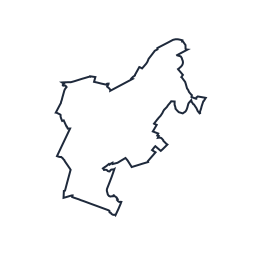 Carei, Satu Mare, Romania (Natural Earth projection), rotated 332°
{"feature_id": "2599482B21413362198639", "entity_name": "Carei", "entity_type": "district", "adm_level": 2, "iso_a3": "ROU", "parent_name": "Romania", "parent_adm1": "Satu Mare", "projection": "natural_earth1", "projection_center": [22.485, 47.66], "detail": "fine", "context": "isolated", "style": "outline", "palette": "slate", "viewbox_px": 256, "rotation_deg": 332, "n_neighbors": 0, "source": "geoboundaries", "source_scale": "gbopen_adm2", "svg_char_len": 5354}
<svg xmlns="http://www.w3.org/2000/svg" viewBox="0 0 256 256"><g transform="rotate(332 128 128)"><path d="M72.9,194.7L73.0,195.0L73.1,196.1L73.2,196.3L73.7,197.1L74.0,197.5L74.3,197.8L74.7,198.0L75.0,198.1L75.3,198.2L75.5,198.3L75.7,198.5L75.9,199.2L77.9,197.7L81.5,195.0L85.6,191.7L87.4,190.1L87.0,189.8L86.6,189.6L86.0,189.4L85.6,189.2L85.3,188.8L84.9,188.0L84.8,187.7L84.7,187.0L84.7,186.7L84.6,186.4L85.5,186.1L85.4,185.8L85.3,185.5L85.1,184.8L85.1,184.7L85.3,184.5L85.4,184.2L85.1,183.7L85.0,183.4L84.8,182.9L84.6,182.5L84.1,181.9L84.0,181.7L83.9,181.4L83.9,181.1L84.0,180.9L83.9,180.7L83.7,180.6L83.4,180.8L83.0,181.1L82.9,181.3L82.7,181.3L82.4,181.1L82.2,180.9L81.4,180.6L80.4,180.3L80.3,180.2L80.1,180.1L79.6,179.4L79.3,179.1L79.3,178.9L79.2,178.7L79.0,177.8L79.0,177.0L79.1,176.6L79.4,175.6L79.4,175.3L79.5,175.0L79.6,174.5L79.8,173.6L80.0,173.2L80.3,172.7L80.6,172.2L81.0,171.8L81.9,171.0L85.2,168.2L90.5,163.6L94.1,160.3L96.7,157.8L95.8,157.8L95.4,157.6L94.9,157.4L94.6,157.2L93.6,156.9L93.4,156.9L93.0,157.0L92.4,157.2L91.8,157.5L91.4,157.7L91.1,157.6L90.8,157.4L90.6,157.2L90.3,156.9L89.9,156.5L89.8,156.3L89.8,155.9L89.7,155.5L89.5,155.1L89.3,154.9L89.1,154.7L88.6,154.4L88.2,154.1L87.5,153.9L87.4,153.9L87.2,153.8L87.3,153.6L87.3,153.4L87.1,153.0L87.0,152.6L87.0,152.3L86.9,151.9L89.1,151.6L90.6,151.5L94.3,150.8L94.5,151.7L96.3,151.4L98.0,151.4L97.8,151.8L97.5,152.6L102.4,153.8L104.0,153.7L107.7,153.5L111.7,153.3L112.4,156.5L112.9,163.3L112.9,164.2L120.2,165.6L124.0,166.3L129.8,167.5L130.0,166.6L140.9,162.4L139.5,160.1L138.9,158.8L139.8,158.5L140.3,158.2L142.6,157.2L143.6,156.9L146.2,163.6L148.7,163.0L155.0,161.1L154.4,159.9L153.8,157.8L153.6,157.3L153.4,156.6L153.2,156.0L153.2,155.7L153.3,155.5L153.4,155.3L153.0,153.5L152.7,152.6L152.2,151.9L151.4,151.4L150.4,150.9L149.8,150.7L151.4,149.5L150.3,148.4L152.1,147.1L149.0,143.5L148.3,142.7L151.4,140.8L154.8,138.7L153.9,137.6L153.1,136.6L153.0,136.4L156.4,134.9L158.1,134.1L158.4,134.1L159.3,133.6L162.5,132.5L165.3,131.0L166.9,129.8L167.4,129.5L168.6,128.8L169.4,128.6L172.2,127.7L174.0,126.7L175.0,126.3L176.8,125.6L177.5,125.3L178.7,124.7L181.6,126.5L180.6,128.3L180.2,129.1L180.0,129.4L179.9,130.3L179.4,132.5L179.1,133.0L179.0,133.3L179.3,134.2L179.4,135.0L179.7,136.0L180.2,137.7L180.3,137.9L180.5,138.1L182.5,140.1L182.8,140.4L183.2,140.8L183.3,140.8L184.7,140.6L186.0,140.5L186.4,140.4L186.9,140.2L187.6,139.8L188.7,139.0L190.2,137.6L190.8,136.9L192.6,135.0L193.1,134.6L194.2,134.1L195.3,133.7L195.4,133.8L196.9,133.1L196.7,134.0L196.5,135.0L196.6,135.6L196.7,136.4L196.8,137.6L197.3,138.2L197.5,140.7L197.7,142.2L197.7,143.2L197.5,145.7L197.6,146.2L197.9,147.6L198.1,148.7L198.7,148.7L198.8,148.5L198.9,147.7L201.6,145.2L203.1,143.5L207.0,139.8L207.3,139.8L207.5,139.8L210.8,137.9L208.9,136.4L204.4,132.9L202.6,133.2L202.0,133.7L202.0,134.2L201.9,134.2L201.0,133.2L199.8,131.8L198.6,130.4L199.7,129.1L199.8,129.0L199.7,128.8L199.2,126.9L198.8,124.9L198.8,124.6L198.8,124.4L198.9,123.6L199.0,123.1L198.8,121.2L198.7,121.0L198.7,120.8L199.8,115.8L200.0,114.5L200.1,114.2L199.2,108.5L199.0,108.1L201.4,106.9L200.0,100.5L199.9,100.3L199.8,99.5L200.7,99.4L203.9,98.6L205.2,98.0L205.8,97.6L206.4,97.1L206.9,96.5L207.2,96.1L207.8,94.7L207.9,94.0L208.0,93.0L208.2,92.0L208.3,91.6L208.3,91.1L208.2,89.9L208.2,89.7L208.0,89.4L207.3,88.6L206.6,88.0L205.7,87.1L205.5,86.9L205.5,86.7L209.3,86.7L217.3,86.7L216.4,86.1L216.2,85.6L216.0,85.1L217.7,81.8L217.3,78.6L217.2,77.5L216.9,77.3L216.4,77.0L217.2,76.1L216.9,75.8L215.3,74.4L214.1,73.4L213.2,72.8L212.5,72.4L211.9,72.1L211.1,71.8L210.5,71.7L209.6,71.4L208.9,71.3L207.8,71.3L203.4,71.3L195.0,71.2L191.4,71.2L191.1,72.1L191.0,72.4L187.8,72.4L186.7,73.0L186.0,73.3L184.7,73.9L183.4,74.5L178.7,76.6L176.3,78.6L174.4,79.7L171.3,80.9L168.4,82.0L167.0,79.9L166.6,79.5L159.2,84.3L159.0,84.5L158.8,84.9L156.4,85.2L154.4,85.8L155.2,86.8L131.5,86.8L129.8,86.8L130.0,86.5L130.2,86.1L130.3,85.7L130.2,85.3L130.0,84.2L129.0,81.7L130.4,80.7L131.3,80.2L131.5,80.0L131.7,79.7L130.4,79.1L130.2,79.1L130.1,79.6L129.7,80.0L125.0,76.0L122.6,73.8L119.7,71.3L123.1,67.7L118.9,64.6L118.7,64.9L118.5,64.7L116.4,64.2L112.4,63.4L111.1,63.1L102.5,61.5L98.9,60.7L98.7,60.5L98.2,60.3L96.7,59.5L94.9,58.6L92.0,57.2L91.1,56.8L91.8,58.1L91.9,58.5L92.0,58.7L91.9,58.7L90.5,59.5L90.5,59.9L90.6,60.1L90.8,60.3L92.2,60.9L92.4,61.1L92.6,61.2L93.0,62.7L93.0,62.9L93.0,63.0L91.6,63.6L90.4,64.2L89.3,65.1L85.8,68.8L84.8,69.8L82.9,71.9L82.4,72.4L81.1,73.6L80.4,74.5L79.3,75.2L71.5,80.5L71.8,80.7L72.1,81.1L72.5,81.5L74.4,84.2L74.6,84.6L74.6,84.9L74.5,85.1L74.0,85.9L73.8,86.3L73.7,86.9L73.6,87.3L73.4,88.7L73.2,90.4L73.2,90.9L74.8,91.1L74.4,97.8L74.7,98.0L74.5,100.2L76.6,101.3L61.9,112.2L52.1,119.5L53.3,120.8L54.5,121.8L55.4,122.2L55.5,122.4L55.7,123.1L56.0,123.6L56.2,124.4L56.3,125.2L56.6,126.3L56.7,126.5L56.6,126.8L56.7,128.5L57.1,131.9L57.6,136.4L57.7,137.8L57.7,138.0L56.7,139.0L55.7,140.1L49.5,146.7L49.3,146.9L48.2,148.1L43.0,153.7L42.8,153.7L42.7,153.7L41.8,153.5L40.8,155.2L38.3,159.4L39.7,159.7L40.5,159.9L44.6,160.7L46.4,161.1L47.1,161.3L47.4,161.5L46.8,162.1L46.5,162.4L46.3,162.7L47.5,164.1L51.1,167.9L52.4,169.5L54.0,171.2L55.2,172.5L59.9,177.8L64.4,182.8L72.0,191.3L72.4,192.0L72.6,192.2L72.7,192.3L72.7,192.5L72.6,192.8L72.3,193.3L72.2,193.5L72.1,193.8L72.2,194.0L72.3,194.2L72.5,194.4L72.9,194.7Z" fill="none" stroke="#1e293b" stroke-width="2"/></g></svg>